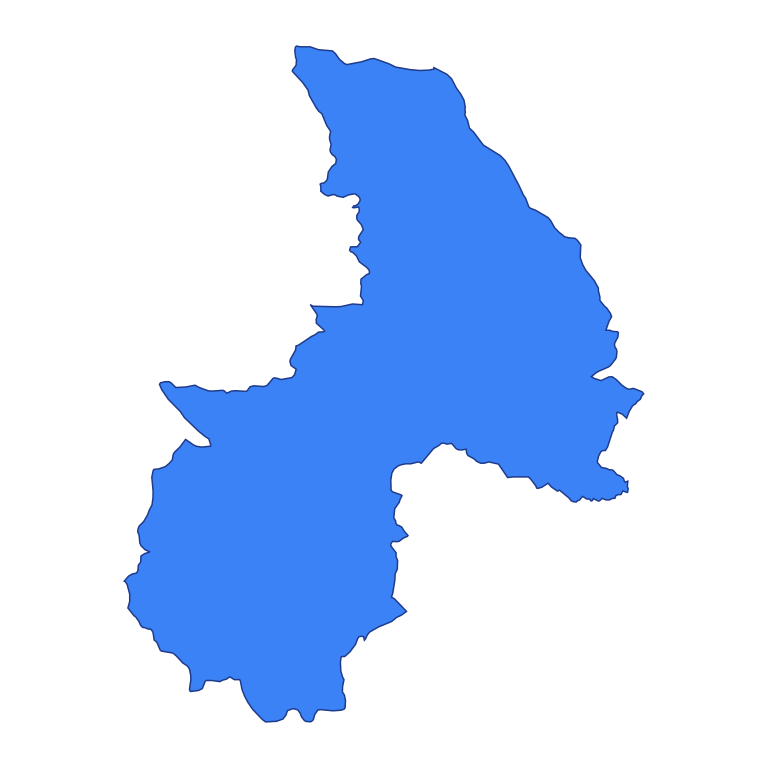 Van Ho, Son La, Vietnam
{"feature_id": "81297802B72197288944143", "entity_name": "Van Ho", "entity_type": "district", "adm_level": 2, "iso_a3": "VNM", "parent_name": "Vietnam", "parent_adm1": "Son La", "projection": "mercator", "projection_center": [104.865, 20.809], "detail": "fine", "context": "isolated", "style": "filled", "palette": "blue", "viewbox_px": 768, "rotation_deg": 0, "n_neighbors": 0, "source": "geoboundaries", "source_scale": "gbopen_adm2", "svg_char_len": 6098}
<svg xmlns="http://www.w3.org/2000/svg" viewBox="0 0 768 768"><path d="M433.9,67.6L433.8,69.1L429.2,70.1L419.6,70.5L410.0,69.6L395.7,67.1L389.0,63.8L374.1,58.5L370.6,58.9L361.1,61.9L346.8,64.6L344.4,63.5L339.4,59.3L335.5,53.7L332.4,50.9L318.4,49.7L310.1,46.8L300.4,46.8L296.5,46.1L295.5,47.0L294.8,50.6L295.7,57.7L296.5,59.6L296.1,65.2L292.5,70.0L292.4,71.4L302.6,82.4L308.1,90.2L309.4,95.7L316.3,107.9L318.7,111.2L321.8,113.7L326.7,125.4L330.6,131.3L329.5,136.7L329.6,139.3L331.1,144.6L330.0,149.9L330.4,151.8L332.0,154.4L335.0,156.6L336.4,159.4L335.7,163.5L331.9,166.5L328.3,172.1L327.3,179.3L326.4,180.7L324.1,182.9L321.5,183.3L320.2,184.1L320.9,187.1L320.8,191.2L324.5,194.4L328.1,196.0L332.5,194.7L335.0,194.7L337.1,196.1L343.2,197.3L348.5,194.9L355.0,193.7L359.0,196.8L360.1,199.0L359.9,201.2L357.7,204.4L355.8,205.5L353.6,206.0L352.7,207.5L354.0,207.8L358.4,207.1L359.1,208.0L359.2,211.7L356.8,215.4L356.8,218.7L357.5,220.3L361.4,224.7L363.3,229.6L358.8,236.4L358.5,238.7L358.7,239.8L360.6,242.2L360.1,243.0L357.3,246.7L350.6,246.9L349.6,250.0L350.6,251.6L352.6,252.3L356.3,255.7L359.4,261.9L367.1,267.7L369.3,270.5L369.4,273.5L366.7,274.6L361.0,279.2L360.8,283.6L361.5,286.1L360.5,296.1L363.3,300.5L362.5,304.7L352.5,304.0L341.4,306.5L336.1,306.8L312.8,306.2L310.3,304.6L317.1,314.5L317.0,317.2L316.2,319.2L316.3,323.1L324.2,330.3L324.6,331.2L323.5,331.8L318.5,332.1L315.3,334.6L311.4,336.5L298.1,345.4L296.1,345.8L295.6,350.0L290.5,359.0L289.9,361.2L291.0,365.5L296.2,369.2L294.5,374.8L291.9,377.6L281.2,379.5L276.6,378.2L273.9,377.9L272.8,378.6L267.3,385.2L265.6,386.0L263.0,386.5L253.8,385.8L250.0,386.8L247.4,390.5L246.0,391.4L235.3,390.7L231.3,391.1L226.8,393.2L224.1,390.8L222.7,390.3L212.1,391.1L208.3,390.8L199.7,387.7L194.9,385.2L185.9,387.0L175.8,387.5L170.9,382.7L169.1,381.7L165.1,381.7L160.5,382.8L159.5,384.3L161.7,389.6L168.3,399.3L180.2,411.4L184.5,417.7L198.8,431.4L204.8,436.3L208.8,438.8L210.6,444.4L210.5,446.2L201.7,447.1L196.5,446.3L193.4,444.9L185.6,439.4L180.0,446.9L174.3,452.5L173.3,454.3L172.3,459.9L169.3,463.3L165.4,466.6L158.7,468.9L154.0,469.4L153.2,470.5L151.8,477.2L153.1,491.0L153.0,497.8L152.0,505.0L149.3,510.1L147.6,514.8L143.8,521.4L139.2,526.0L138.1,528.8L137.7,531.9L139.1,535.1L139.8,542.9L141.1,545.8L145.3,549.9L149.5,551.7L149.3,552.1L144.7,553.6L141.0,556.0L140.7,562.0L138.3,565.3L138.0,570.4L136.9,572.5L136.3,573.1L132.2,574.0L128.6,576.1L124.3,581.1L124.9,581.2L127.0,584.1L129.7,594.1L129.7,601.4L127.9,608.0L133.8,615.5L135.8,617.0L139.0,621.6L140.7,625.5L142.7,627.4L145.5,627.8L147.6,628.9L150.9,629.3L152.2,631.0L153.0,632.4L154.2,640.1L156.8,642.1L160.2,650.1L161.4,651.1L172.7,653.0L176.1,655.7L182.8,663.0L187.0,665.7L188.6,667.6L189.5,669.3L190.8,675.7L190.8,680.2L189.5,689.2L189.8,690.7L190.6,691.5L198.4,690.5L202.3,688.6L205.3,681.1L206.1,680.5L212.0,680.5L219.8,681.6L222.9,680.1L226.5,679.1L229.8,676.8L234.4,679.7L239.6,679.6L240.4,681.1L242.0,689.4L244.6,696.1L247.9,702.4L252.7,709.4L262.2,719.4L265.6,721.9L276.5,721.3L283.0,719.0L286.1,714.8L287.4,710.7L292.9,708.6L297.7,709.8L300.1,713.1L301.5,716.8L304.3,720.4L305.7,721.4L310.6,721.8L312.6,720.6L313.5,719.1L314.7,714.6L317.7,710.2L320.2,709.6L333.0,710.8L341.2,710.2L344.2,709.1L345.1,707.6L345.5,700.5L344.4,695.1L342.4,691.8L342.6,686.3L344.0,679.7L342.5,676.9L340.8,671.0L340.4,662.5L341.1,657.1L342.0,656.5L344.7,656.5L350.0,651.8L355.5,644.4L358.0,637.9L359.3,636.6L361.2,636.3L363.6,636.7L364.4,640.2L365.5,638.9L367.2,635.1L369.5,632.1L378.6,626.9L391.6,621.5L396.6,617.4L401.3,615.2L406.5,611.4L394.4,598.8L391.5,597.1L392.8,593.0L394.8,580.4L395.2,573.7L397.3,569.2L397.6,560.6L396.0,556.4L396.1,552.8L391.0,546.1L390.8,544.4L391.2,543.1L392.7,541.4L396.9,541.7L399.1,541.3L403.6,537.9L407.4,536.4L408.0,535.5L404.3,531.3L401.8,527.2L399.0,525.5L397.1,525.1L396.0,523.4L395.5,520.6L393.8,518.0L394.7,508.8L399.1,502.5L400.2,499.2L402.0,495.7L401.4,495.0L392.9,492.0L391.1,490.5L390.8,480.0L391.9,473.0L394.1,469.0L398.0,466.0L400.5,464.9L405.7,463.8L410.8,463.8L418.4,461.9L421.3,463.2L433.5,448.6L438.7,445.6L441.4,443.3L443.8,443.1L446.8,444.1L451.6,443.4L455.9,448.4L457.8,449.6L461.3,450.0L466.2,449.2L466.6,453.1L467.9,455.5L474.1,458.9L476.5,461.2L480.6,463.2L484.5,463.2L488.7,461.9L498.5,464.1L507.6,477.5L513.6,476.9L528.3,476.9L530.5,478.9L535.8,485.8L536.6,488.0L537.8,488.4L541.7,487.3L548.1,483.2L551.1,486.7L556.9,490.8L557.6,491.1L559.5,490.1L569.0,498.0L571.1,500.7L573.6,501.8L576.3,502.0L577.5,500.8L579.6,499.9L582.5,496.4L586.7,499.0L589.6,499.1L591.1,501.0L592.4,500.5L593.4,498.6L598.3,501.0L599.6,500.8L602.0,498.4L606.0,499.9L609.3,499.9L612.6,498.4L614.9,498.3L615.9,495.6L618.0,494.7L621.0,494.5L622.8,490.9L627.2,492.5L627.6,492.1L628.2,488.5L627.3,486.6L627.8,481.2L625.2,482.1L624.2,481.0L623.5,478.4L620.1,475.9L616.9,474.6L613.6,470.8L612.2,469.9L609.4,469.8L605.8,468.2L601.6,467.6L597.4,462.5L597.3,461.4L598.6,456.1L600.8,451.8L602.6,450.6L605.4,450.5L607.6,446.9L612.2,432.6L613.6,429.7L614.3,426.1L617.6,422.8L617.6,419.6L616.6,414.7L617.0,412.4L618.1,412.4L622.2,414.1L626.6,418.2L629.3,411.2L632.0,406.7L633.0,405.3L635.4,404.0L637.4,401.4L640.3,399.3L641.9,395.6L643.7,393.8L641.9,391.7L634.6,388.8L633.1,388.4L629.2,389.3L626.7,388.5L621.9,385.2L616.3,379.6L612.3,376.8L608.9,376.9L601.1,380.6L594.7,378.6L591.3,376.7L596.3,372.6L599.0,371.1L608.6,366.9L610.6,365.3L615.5,359.1L616.4,357.2L616.9,351.4L616.4,349.1L615.0,347.3L614.5,344.4L614.7,343.1L617.9,337.0L618.3,332.6L617.5,331.8L612.3,331.3L609.9,330.3L605.9,330.2L608.8,321.8L611.6,316.6L610.3,313.2L606.6,307.9L604.6,306.3L599.9,300.5L599.9,296.9L598.4,290.8L598.3,287.9L594.3,280.6L585.8,270.3L582.7,264.7L580.2,257.6L580.8,244.9L577.4,240.3L574.9,238.3L568.8,237.8L564.7,236.8L558.5,231.8L554.6,227.7L550.7,220.7L548.1,217.6L535.5,210.2L530.3,208.2L528.9,207.0L525.6,198.2L523.3,194.8L518.9,185.3L508.9,166.4L505.0,160.4L500.3,155.6L483.3,145.1L473.8,132.3L469.5,128.2L467.6,120.5L464.8,115.0L465.4,112.0L465.0,110.3L465.2,106.7L464.0,100.2L460.7,94.0L456.5,88.3L451.5,78.7L446.9,74.3L433.9,67.6Z" fill="#3b82f6" stroke="#1e3a8a" stroke-width="1.5"/></svg>